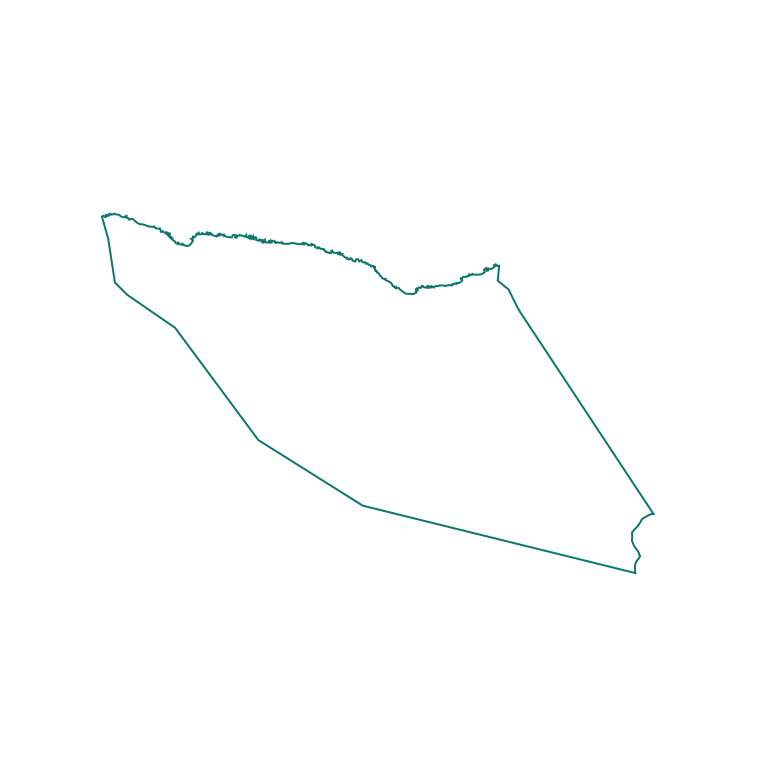 outline of Mbadjini Ouest, Andjazîdja, Comoros, rotated 145°
{"feature_id": "10938185B5285365051467", "entity_name": "Mbadjini Ouest", "entity_type": "district", "adm_level": 2, "iso_a3": "COM", "parent_name": "Comoros", "parent_adm1": "Andjazîdja", "projection": "mercator", "projection_center": [43.399, -11.847], "detail": "fine", "context": "isolated", "style": "outline", "palette": "teal", "viewbox_px": 768, "rotation_deg": 145, "n_neighbors": 0, "source": "geoboundaries", "source_scale": "gbopen_adm2", "svg_char_len": 6155}
<svg xmlns="http://www.w3.org/2000/svg" viewBox="0 0 768 768"><g transform="rotate(145 384 384)"><path d="M221.8,414.8L224.2,416.4L223.6,417.5L223.9,418.0L225.0,417.5L225.8,418.1L226.3,416.7L229.8,416.6L231.6,417.9L232.7,419.0L233.5,417.3L234.1,417.3L234.8,417.9L234.2,420.4L235.6,420.2L236.5,420.4L236.9,418.4L237.3,417.9L240.5,417.9L242.4,418.5L247.5,421.8L248.4,423.5L249.4,423.0L250.2,423.4L250.9,423.7L251.0,424.8L251.7,424.9L252.6,423.9L253.9,424.1L254.4,424.8L255.7,424.9L256.6,425.4L257.3,426.2L258.6,426.3L259.3,425.7L259.9,425.9L260.4,426.4L260.8,425.9L260.3,425.2L260.3,424.4L260.6,423.8L261.4,423.7L264.8,423.7L266.3,425.0L267.2,424.4L268.1,425.7L269.9,425.7L270.5,426.5L270.9,425.8L272.1,425.9L272.9,427.0L274.1,427.5L274.6,428.2L277.7,429.0L277.8,429.8L282.0,433.0L283.4,433.1L284.2,434.0L285.7,434.4L286.7,434.9L287.6,434.4L288.1,434.6L288.3,435.7L290.2,436.1L290.2,436.5L289.5,437.1L290.7,437.5L291.4,438.2L292.1,437.1L292.8,437.6L292.0,439.2L293.4,439.2L294.2,438.7L295.9,440.5L295.9,441.9L296.7,442.5L297.0,442.0L297.8,442.1L298.5,441.6L299.8,442.9L301.5,442.7L301.8,443.5L302.9,443.5L302.7,441.7L304.3,442.4L304.5,442.0L304.4,441.0L305.0,440.4L307.3,440.6L309.2,441.3L310.7,442.7L314.3,445.4L315.3,448.0L315.8,449.4L316.0,450.4L316.8,452.2L316.8,454.4L318.4,455.2L319.1,455.2L319.3,455.9L318.7,456.7L319.9,456.9L320.0,457.4L319.7,458.3L320.5,458.7L320.5,459.5L320.6,460.2L320.2,461.0L320.4,461.8L320.1,462.6L321.5,465.6L323.0,468.2L323.0,468.7L322.4,469.3L323.5,469.8L324.7,471.5L324.7,473.5L325.1,475.1L324.9,477.2L324.9,478.1L325.1,478.5L325.7,479.3L325.7,479.9L325.2,480.6L325.3,481.2L326.1,481.4L326.1,481.9L325.5,483.4L324.2,485.0L324.3,485.2L325.5,485.2L325.4,485.9L325.1,486.6L325.2,487.0L326.0,487.4L327.1,487.6L327.1,488.3L326.7,488.7L326.7,488.9L327.7,489.6L328.2,490.4L328.2,492.2L329.8,492.7L329.6,493.8L329.6,494.6L330.1,494.9L330.8,495.1L331.7,496.1L331.8,496.4L331.4,498.4L332.3,498.4L333.2,498.6L334.0,498.6L334.0,499.3L333.6,500.2L333.6,500.8L333.8,501.3L334.4,501.8L335.3,501.8L335.7,502.0L336.1,501.8L337.2,500.8L338.0,501.5L338.8,502.8L339.0,503.6L338.5,504.4L339.2,506.3L340.6,505.8L342.4,507.5L341.7,508.5L343.0,509.5L343.5,510.5L343.7,511.9L344.1,512.5L344.1,514.0L343.5,514.3L343.7,514.5L345.3,514.8L345.3,515.4L344.5,516.3L344.5,516.8L345.1,517.3L345.9,515.8L346.3,515.8L347.1,516.7L346.7,518.1L347.5,518.4L348.3,519.2L349.1,519.6L350.2,520.9L350.0,521.7L349.9,523.1L351.2,523.1L352.5,521.6L352.8,521.9L352.8,522.4L353.7,522.7L354.3,523.9L354.8,524.1L355.4,525.4L355.9,525.6L355.9,525.9L355.6,526.4L356.3,527.1L356.2,527.9L355.9,528.6L356.0,529.3L357.4,530.0L358.2,530.9L358.2,531.4L359.0,532.2L359.0,533.4L359.8,533.9L360.5,533.4L360.6,534.0L361.9,535.2L361.9,535.6L361.2,537.2L362.9,540.1L363.5,539.0L364.2,539.1L365.7,541.2L366.5,541.1L366.5,542.7L368.3,545.0L369.1,544.0L370.4,545.1L369.8,546.0L371.7,546.1L373.5,547.3L374.6,548.5L376.0,549.8L377.0,551.1L377.4,551.5L378.2,552.0L379.3,552.6L382.1,553.8L383.1,554.4L384.9,555.8L386.7,557.4L386.1,558.3L386.2,558.7L387.1,558.9L388.0,559.1L389.5,560.5L390.3,561.5L391.6,561.3L392.1,562.5L391.6,563.4L391.8,564.1L392.5,564.0L393.4,565.2L394.9,564.3L395.1,564.6L394.6,566.8L395.5,566.6L396.1,567.0L396.9,565.5L398.6,567.2L399.3,567.5L399.8,568.0L399.2,569.6L400.3,568.7L400.8,568.9L400.8,570.0L399.6,570.1L399.7,570.8L400.6,570.9L401.0,571.6L401.8,571.6L402.4,570.1L402.7,570.8L402.0,572.2L402.2,572.8L403.1,573.9L404.3,573.0L404.7,573.7L406.1,575.3L404.8,577.2L404.8,577.9L405.8,578.2L406.3,578.8L407.4,577.4L408.0,577.5L408.1,578.5L406.9,580.1L407.2,580.0L409.0,579.0L409.2,579.9L408.0,581.7L408.5,582.3L410.6,580.2L410.9,581.7L410.3,582.7L410.6,582.8L411.6,582.2L412.6,583.7L411.6,585.1L413.5,584.6L415.0,586.4L415.0,586.9L415.7,587.7L416.5,588.0L417.3,588.6L417.1,589.0L418.3,589.0L419.3,589.9L420.9,588.4L421.9,589.6L420.3,591.1L421.8,592.5L422.8,592.6L424.2,591.4L425.7,592.2L427.5,593.9L428.6,595.1L429.3,596.2L429.3,596.7L430.2,596.8L430.2,597.1L429.5,598.3L431.2,599.2L431.9,599.2L431.9,600.8L432.6,601.5L434.0,600.1L434.7,600.6L433.9,601.4L434.4,601.9L435.9,600.9L436.6,600.9L436.7,601.6L437.8,602.5L439.3,604.6L439.2,606.4L439.6,606.7L440.5,606.3L440.7,606.8L440.0,607.7L440.3,608.1L442.1,607.0L442.4,607.7L441.8,609.5L442.3,609.8L443.1,608.1L446.5,611.0L446.2,612.0L446.5,612.1L447.5,611.3L449.6,612.5L449.0,614.2L449.9,614.2L450.5,613.9L451.6,614.6L452.2,613.5L455.4,612.9L455.7,613.2L455.9,614.3L456.3,614.2L457.5,612.6L458.7,613.4L458.3,611.0L459.9,610.2L461.8,609.6L463.6,609.3L465.7,609.5L467.4,611.6L469.0,613.4L468.5,614.4L468.9,614.7L469.6,614.1L472.1,616.5L471.2,617.6L471.7,618.1L472.7,617.5L473.6,618.1L473.8,619.7L473.4,620.4L474.5,623.6L473.7,624.5L473.9,624.7L474.7,624.9L475.2,625.8L474.1,626.5L475.1,627.6L474.0,629.0L475.6,628.9L475.6,629.6L473.5,630.6L474.4,631.4L475.5,630.7L475.9,631.5L474.8,632.5L475.2,633.0L476.2,632.7L476.2,633.7L476.8,633.8L477.6,634.7L477.6,636.2L479.3,636.2L479.3,637.0L478.6,639.1L478.4,640.0L480.0,640.8L481.7,642.6L481.9,643.2L481.9,644.9L482.5,645.2L483.5,645.3L485.0,647.0L485.4,647.2L486.3,647.8L488.7,651.5L489.2,652.1L490.4,653.4L491.1,654.0L492.5,655.1L493.1,656.5L493.6,657.4L494.2,659.5L495.2,663.4L495.5,663.7L496.9,664.5L498.5,664.8L498.4,666.7L498.6,667.0L499.1,667.1L499.6,667.7L499.6,668.2L498.4,669.3L498.7,669.7L501.2,669.6L502.2,670.7L502.9,671.2L504.0,674.3L505.1,675.8L506.8,677.1L507.3,678.3L508.7,678.3L509.6,679.2L510.1,679.0L510.7,679.8L510.9,680.4L511.3,680.8L512.0,680.8L512.6,679.7L513.1,679.8L513.9,681.1L514.2,681.7L514.7,681.9L515.2,680.3L515.9,680.3L516.9,681.1L517.0,682.3L517.4,682.7L519.0,683.0L526.8,660.8L546.2,621.5L543.2,604.4L522.9,549.8L519.1,410.1L471.2,296.5L286.6,85.0L285.2,87.7L283.5,90.0L281.7,92.1L279.3,93.8L274.8,95.2L273.2,95.9L272.9,96.5L272.9,97.6L272.5,98.6L272.2,99.3L272.0,100.2L272.0,106.9L271.8,108.9L270.9,112.9L270.4,114.0L269.5,114.9L268.3,116.4L266.9,118.6L266.3,119.8L266.0,120.1L262.4,121.2L259.5,121.7L257.6,122.0L255.9,122.8L253.0,123.8L251.4,124.8L249.8,125.3L248.5,125.3L245.9,125.0L242.7,124.8L239.7,124.1L237.8,122.9L231.2,365.2L230.6,371.6L227.7,390.1L231.6,403.4L221.8,414.8Z" fill="none" stroke="#0f766e" stroke-width="2"/></g></svg>